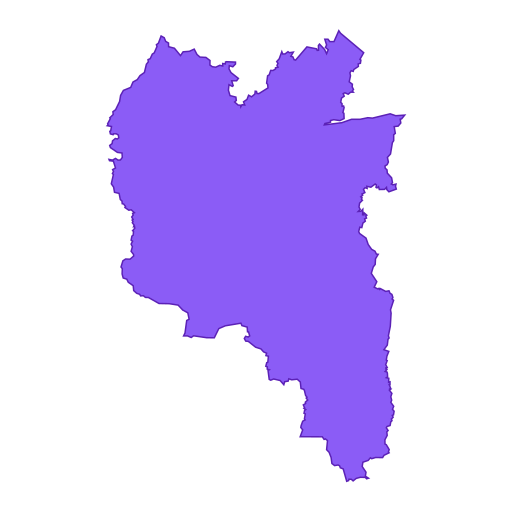 Kabin Buri, Prachin Buri, Thailand (orthographic projection)
{"feature_id": "78962969B13244714899487", "entity_name": "Kabin Buri", "entity_type": "district", "adm_level": 2, "iso_a3": "THA", "parent_name": "Thailand", "parent_adm1": "Prachin Buri", "projection": "orthographic", "projection_center": [101.817, 13.854], "detail": "fine", "context": "isolated", "style": "filled", "palette": "violet", "viewbox_px": 512, "rotation_deg": 0, "n_neighbors": 0, "source": "geoboundaries", "source_scale": "gbopen_adm2", "svg_char_len": 6006}
<svg xmlns="http://www.w3.org/2000/svg" viewBox="0 0 512 512"><path d="M404.7,115.1L395.7,115.7L390.2,113.8L372.5,118.1L367.8,117.7L360.0,119.3L351.5,119.3L341.8,122.7L324.3,124.9L324.9,123.5L330.5,122.2L330.5,120.5L333.8,119.7L339.9,120.6L344.1,118.6L343.9,113.3L342.9,112.6L344.1,107.6L343.6,106.0L342.1,106.3L342.0,103.5L340.7,102.4L341.5,98.1L344.2,96.2L343.2,93.6L344.9,92.8L348.2,94.2L350.6,92.2L353.3,92.2L352.3,91.0L353.5,89.5L352.2,86.9L352.4,84.2L349.2,81.8L350.5,75.8L349.9,72.8L351.2,70.7L353.2,71.4L353.8,69.5L358.4,66.4L358.2,63.9L360.4,63.3L360.9,60.1L359.9,59.4L363.7,52.7L340.5,33.2L338.8,30.7L334.0,41.6L329.8,41.6L328.0,39.2L324.8,39.2L326.6,45.0L325.4,47.4L328.2,49.7L326.6,53.7L324.5,49.4L319.5,44.1L318.4,45.5L318.5,50.3L317.2,50.4L316.5,48.8L306.9,46.9L295.6,60.1L294.1,59.7L292.9,56.9L290.9,56.3L293.3,52.1L289.3,52.7L288.0,51.7L285.1,53.9L282.7,54.0L281.8,51.7L279.2,58.8L276.7,61.6L278.0,63.3L277.0,65.4L278.0,67.2L275.5,67.8L275.5,69.0L273.0,70.5L270.7,70.4L269.2,74.8L267.6,75.8L266.6,83.2L267.6,84.3L268.0,87.9L258.9,93.6L257.0,93.5L256.5,91.4L255.2,91.2L254.9,94.0L251.6,96.8L248.6,95.2L247.0,99.4L243.5,101.8L244.7,105.0L242.1,104.7L240.8,106.8L240.6,105.2L238.2,105.1L234.6,102.0L236.3,100.5L235.9,97.1L230.0,95.6L228.4,90.2L229.0,84.7L232.3,86.4L233.2,85.7L231.7,80.8L236.6,80.8L238.4,78.4L231.0,72.6L229.0,68.9L229.3,65.7L232.8,66.8L235.5,64.0L235.5,62.1L226.5,61.7L225.5,62.0L225.3,63.9L222.7,63.5L222.7,66.0L219.8,65.3L215.7,67.2L212.3,66.7L209.9,65.0L210.0,60.5L205.9,57.4L200.0,57.1L197.0,54.5L194.2,49.1L189.4,51.3L183.1,51.8L180.5,55.6L174.4,48.2L168.6,46.7L168.5,43.0L165.7,41.4L164.2,37.7L161.1,36.0L158.4,43.2L156.4,44.7L157.0,46.5L154.2,52.9L152.3,54.1L150.2,58.7L148.0,59.6L148.3,61.9L146.4,64.2L144.4,72.5L140.0,75.6L137.3,79.6L133.0,82.0L130.7,87.4L123.4,90.4L120.6,95.4L119.6,101.5L115.6,109.7L112.9,111.7L113.2,114.5L109.8,117.8L110.3,118.7L107.6,123.8L108.1,125.0L107.3,125.7L111.5,126.5L110.7,130.8L109.8,131.3L110.4,133.9L113.1,134.7L113.5,133.8L116.3,133.8L118.3,135.0L118.8,137.8L117.3,139.0L115.3,138.5L112.5,140.9L112.1,143.6L109.7,145.4L110.4,147.6L117.4,152.4L122.0,153.0L122.3,157.4L120.4,160.0L118.0,160.1L115.5,158.4L112.5,160.1L109.0,159.4L109.5,160.7L113.4,161.2L115.5,168.0L112.6,169.6L113.5,171.5L112.4,173.6L113.4,174.5L111.3,183.8L113.6,187.1L114.5,192.3L119.1,193.4L120.3,199.5L122.0,201.1L122.2,203.7L123.6,204.0L125.5,206.4L124.9,207.5L128.8,210.2L131.2,209.8L134.4,212.7L132.6,213.4L133.2,215.0L131.7,217.0L133.1,219.5L132.1,220.1L133.0,221.6L132.3,222.7L134.1,225.1L133.6,226.7L134.5,226.4L134.8,228.2L132.6,230.7L133.5,231.3L133.2,235.1L131.9,236.1L131.1,240.2L132.6,241.2L131.1,244.1L132.4,246.7L131.1,251.3L133.5,254.4L133.7,256.0L130.0,259.2L125.6,259.0L122.9,260.8L121.0,267.0L122.3,268.7L122.1,274.0L123.2,278.0L126.8,279.2L128.3,282.3L133.2,285.7L133.7,290.6L136.7,293.3L139.7,294.3L140.6,295.9L143.4,295.7L145.4,297.4L148.4,297.5L159.0,303.5L169.3,303.7L178.1,305.1L182.8,310.1L187.8,312.8L189.1,319.2L186.7,320.5L185.0,333.0L183.6,335.9L187.5,335.9L191.2,337.5L193.6,335.8L206.6,337.7L214.3,337.8L218.8,328.6L225.3,325.8L240.9,323.2L241.9,325.6L247.2,327.1L247.5,331.8L248.5,331.9L249.7,335.9L248.2,337.0L245.6,336.3L244.3,338.5L245.7,341.1L248.3,341.4L255.6,347.2L260.9,348.9L263.6,351.9L266.6,353.2L265.9,355.6L268.4,356.2L267.8,362.2L266.7,362.7L265.8,366.3L267.3,366.9L267.2,369.1L269.1,369.8L268.0,370.3L269.2,379.4L270.7,380.2L273.7,379.0L280.1,380.5L283.8,384.7L284.7,381.7L288.2,381.1L288.8,378.8L291.7,379.8L297.2,379.2L300.3,382.0L301.0,388.5L303.8,389.3L304.5,390.8L305.6,395.5L307.0,397.2L306.2,398.1L307.7,400.0L305.3,402.2L305.6,403.5L303.3,404.9L304.6,407.8L303.9,408.3L305.7,409.6L304.6,410.3L304.0,413.3L305.3,413.9L304.4,418.9L305.1,419.9L302.7,421.2L301.1,425.7L300.8,427.5L302.7,429.9L300.2,436.7L322.3,436.8L324.1,439.4L325.4,438.9L327.5,440.6L326.6,449.7L329.1,452.3L331.1,457.5L331.9,463.5L334.6,465.6L338.1,465.0L339.6,465.8L340.3,467.8L343.2,468.9L346.7,481.3L348.6,480.6L349.0,479.2L351.3,479.3L353.1,480.9L356.2,478.4L360.3,477.3L365.3,477.4L366.6,478.8L368.5,478.2L365.4,476.2L366.0,472.2L362.2,466.5L362.9,462.2L368.2,460.4L370.4,457.8L371.7,458.7L375.6,457.5L382.6,457.6L384.0,455.3L389.1,452.8L388.4,451.9L389.2,449.6L386.3,444.7L385.0,444.0L384.9,439.8L387.2,435.4L386.8,431.9L388.1,430.5L386.3,427.8L387.0,426.5L390.1,425.5L390.8,421.8L392.0,420.7L391.4,419.0L393.1,417.3L392.3,415.4L393.5,414.9L394.1,411.2L392.5,409.3L393.7,406.3L390.8,402.3L391.7,400.2L390.8,396.8L391.9,393.4L389.4,390.2L390.8,389.1L389.9,388.8L390.6,388.2L389.2,384.6L390.0,384.6L390.0,381.8L388.6,382.2L388.8,378.3L386.4,377.7L387.6,376.8L387.4,373.2L387.0,372.0L385.2,371.5L386.2,370.5L386.0,369.0L386.8,369.2L386.1,367.7L387.2,367.5L385.7,364.6L387.2,360.6L386.3,360.1L386.9,356.2L388.8,351.4L383.9,349.7L387.3,345.1L388.0,339.3L389.1,338.0L388.4,335.8L390.3,326.3L391.1,313.2L390.5,309.8L393.6,300.3L392.1,299.0L392.9,297.5L391.9,294.4L390.0,293.2L389.0,290.8L385.7,291.4L380.4,288.6L379.7,289.4L379.0,288.3L378.0,289.0L374.2,287.2L376.8,281.7L371.3,273.4L373.2,267.0L375.2,264.4L375.5,258.8L378.2,254.3L376.4,254.1L375.0,251.2L371.6,249.3L368.2,244.5L366.0,238.1L359.6,233.5L358.7,231.6L359.8,227.2L361.8,227.6L362.9,223.1L365.3,221.2L364.6,218.9L366.5,218.1L365.8,215.9L366.8,215.2L364.2,212.9L363.9,214.9L362.6,214.8L362.8,209.3L360.9,211.3L358.2,211.5L360.2,209.4L359.0,207.0L359.6,203.1L362.4,200.3L361.5,199.4L362.0,197.6L360.8,196.8L362.7,195.2L362.0,194.0L364.9,192.6L363.5,189.3L365.1,187.7L367.1,188.4L366.8,186.3L370.9,187.2L375.2,184.0L376.4,184.9L376.0,187.4L377.0,187.9L378.5,186.7L379.3,189.5L384.6,189.4L386.5,187.4L386.8,189.6L388.9,191.8L396.3,189.1L395.5,186.2L396.0,184.1L392.8,184.8L391.3,184.0L392.5,182.6L391.6,177.8L387.3,173.1L387.0,169.8L385.2,168.2L385.0,166.0L387.2,164.6L388.4,162.0L387.4,157.4L390.5,154.0L392.4,142.6L393.7,140.7L393.7,134.7L395.3,133.4L394.2,126.6L398.2,126.1L400.8,123.0L400.2,119.2L401.6,118.9L404.7,115.1Z" fill="#8b5cf6" stroke="#5b21b6" stroke-width="1.5"/></svg>